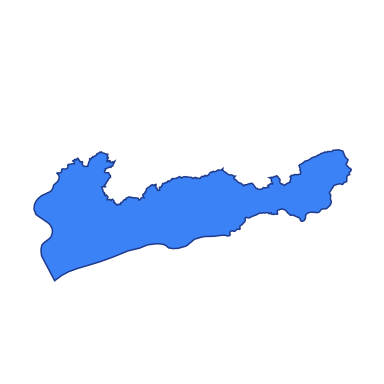 outline of Shannon Lea-7, Clare, Ireland, rotated 348°
{"feature_id": "5873133B70608760855162", "entity_name": "Shannon Lea-7", "entity_type": "district", "adm_level": 2, "iso_a3": "IRL", "parent_name": "Ireland", "parent_adm1": "Clare", "projection": "natural_earth1", "projection_center": [-8.747, 52.732], "detail": "fine", "context": "isolated", "style": "filled", "palette": "blue", "viewbox_px": 384, "rotation_deg": 348, "n_neighbors": 0, "source": "geoboundaries", "source_scale": "gbopen_adm2", "svg_char_len": 6084}
<svg xmlns="http://www.w3.org/2000/svg" viewBox="0 0 384 384"><g transform="rotate(348 192 192)"><path d="M295.9,243.2L297.4,241.4L298.4,238.2L300.4,236.8L303.5,236.4L304.9,236.6L310.4,238.3L312.5,237.9L314.4,236.2L315.7,235.7L319.5,236.2L320.5,236.1L324.1,233.8L325.6,232.1L326.3,230.3L325.9,227.6L327.1,223.7L326.9,223.1L326.3,222.6L326.3,221.2L332.3,215.1L336.6,214.6L338.9,214.9L340.5,215.9L341.1,215.8L342.1,214.7L345.5,213.9L346.5,209.8L347.1,208.5L347.8,208.0L349.8,207.8L349.9,205.4L351.7,204.5L352.4,203.2L352.1,202.3L350.5,200.8L348.6,197.6L348.5,196.8L349.8,195.5L351.2,193.3L351.3,192.6L349.8,190.8L349.0,188.9L348.1,183.4L344.2,181.2L343.6,181.4L341.8,180.8L341.1,181.0L338.9,180.5L338.3,180.6L337.5,181.4L336.2,181.3L333.1,180.6L332.1,181.2L330.4,180.5L328.0,181.2L326.7,181.0L325.1,181.8L322.9,182.1L320.5,183.1L316.9,183.3L312.1,185.2L309.0,185.3L306.0,186.9L303.0,187.8L302.1,188.4L302.7,191.4L302.1,193.0L302.5,194.9L301.9,197.0L298.7,197.0L295.6,196.2L294.8,196.7L292.4,196.4L292.0,197.3L291.2,197.3L291.0,197.6L291.7,199.6L290.2,201.5L290.4,202.6L286.7,203.4L283.8,204.8L282.8,203.5L280.6,202.3L280.0,201.2L279.9,200.6L280.7,198.1L278.4,193.8L277.8,193.8L276.9,194.1L275.7,194.0L273.9,194.5L272.7,194.1L270.7,194.1L271.8,194.8L272.5,195.8L272.1,196.3L271.9,198.0L272.7,200.2L272.4,200.9L270.8,200.2L267.5,201.4L268.0,203.2L264.3,203.2L263.1,202.6L262.5,202.6L261.5,203.5L260.6,203.8L260.2,203.5L258.9,203.5L257.1,203.0L256.3,201.9L255.4,201.8L253.5,197.3L252.2,195.8L248.4,195.9L246.7,196.4L245.4,195.9L243.6,196.7L243.0,195.2L241.5,193.6L239.4,192.3L237.0,188.7L235.8,188.0L235.8,187.1L237.6,185.5L236.3,185.2L234.5,183.6L232.2,183.1L230.4,181.8L229.5,180.3L227.6,178.6L226.8,177.2L226.6,176.5L227.0,175.6L224.9,176.7L224.0,176.6L222.4,175.9L221.4,176.0L220.0,176.8L219.4,176.9L217.8,176.7L217.2,176.2L216.5,176.6L215.7,176.4L215.1,176.9L214.5,176.6L213.0,177.3L211.9,178.7L210.3,179.3L209.5,179.2L209.3,178.9L208.2,178.5L207.9,179.1L207.3,179.0L207.2,179.3L206.6,179.4L205.2,178.7L203.3,179.7L203.2,180.3L202.3,180.4L199.6,179.2L199.1,179.5L198.4,178.4L196.8,178.5L196.5,179.2L195.4,178.6L194.6,177.6L191.1,176.6L189.3,175.7L186.1,175.5L184.5,176.2L184.3,175.5L182.9,174.3L181.1,175.0L179.9,175.1L179.6,175.4L176.1,175.1L175.9,174.8L175.3,175.3L174.8,175.0L174.0,175.9L172.0,177.0L171.3,176.3L171.0,176.5L170.5,176.4L169.6,177.4L169.3,177.1L168.1,177.5L166.8,177.5L165.6,178.0L165.1,177.7L164.1,179.5L163.7,179.6L163.3,180.6L161.2,180.6L160.8,183.4L159.9,183.7L159.1,183.1L158.5,183.0L158.8,182.1L158.3,180.7L157.9,180.6L157.4,179.5L157.5,179.0L158.1,178.5L158.4,177.1L157.1,177.1L156.1,177.7L154.9,176.6L154.4,176.6L153.7,177.2L153.1,177.0L151.4,178.1L148.2,179.3L146.9,182.2L146.0,182.3L145.6,183.6L144.3,183.7L143.3,184.5L143.3,185.9L143.8,187.4L143.3,187.1L142.4,187.1L140.8,187.5L139.0,189.1L138.5,188.9L138.1,187.1L137.3,186.6L133.1,185.3L129.4,183.7L126.2,184.4L126.0,185.8L125.6,185.9L124.6,185.4L123.2,185.9L122.1,187.2L120.0,187.8L119.6,189.2L118.5,189.3L118.3,188.8L117.8,188.6L115.4,189.1L114.8,187.0L113.9,186.5L113.9,186.1L113.4,186.0L113.8,185.2L113.7,184.1L112.6,182.5L110.8,183.4L110.2,182.2L107.5,182.1L107.7,180.8L108.5,179.9L108.8,179.3L107.5,177.1L106.4,177.6L106.0,177.0L105.9,176.5L106.2,176.3L105.8,175.3L106.3,175.1L106.0,174.3L105.4,173.7L105.0,172.9L105.3,171.8L104.7,168.3L105.9,168.2L108.3,169.0L108.6,168.8L107.6,167.4L108.5,166.4L109.5,166.1L110.1,164.8L111.8,163.6L112.9,162.0L115.4,160.5L115.6,159.0L114.9,157.9L114.4,155.8L111.2,155.0L110.7,154.4L110.8,153.1L111.9,152.5L112.2,151.8L111.9,151.4L114.8,150.9L115.9,150.5L117.1,150.9L117.4,150.4L117.9,150.3L118.1,150.6L118.3,150.2L119.9,150.0L120.7,148.3L121.0,147.9L121.4,147.9L122.9,145.8L121.2,146.4L120.6,146.4L120.5,146.0L119.2,146.3L117.8,145.6L118.4,144.7L118.2,144.2L116.9,144.2L115.9,144.6L115.2,144.6L115.3,143.8L116.1,143.6L115.8,143.2L116.4,142.3L116.2,141.9L116.8,141.7L117.2,141.0L116.2,140.1L116.9,139.4L117.1,138.7L116.9,138.5L117.4,137.5L116.5,137.4L114.4,136.0L112.2,135.0L111.5,133.8L110.8,134.3L110.0,133.9L108.3,134.8L108.1,134.7L106.6,135.1L105.9,136.3L103.8,136.7L102.4,137.6L102.0,137.0L100.1,138.5L99.1,138.0L98.7,138.3L98.8,139.6L97.3,141.3L95.3,145.2L92.7,144.8L92.3,144.4L91.4,144.2L90.3,142.4L91.2,140.1L90.7,139.4L88.9,139.4L89.0,138.8L88.2,137.8L88.3,137.4L87.8,136.8L87.7,136.0L87.2,135.2L86.2,135.7L85.4,136.6L84.8,136.5L84.7,135.9L84.3,135.7L83.5,136.3L82.0,136.6L81.9,137.0L82.7,137.7L83.0,138.4L83.1,139.5L82.7,140.0L82.1,140.0L80.6,139.3L78.9,139.7L76.9,139.3L75.9,140.1L76.0,141.7L75.5,142.6L72.8,143.3L70.9,142.6L69.8,142.5L69.3,142.7L68.9,143.6L68.7,145.1L67.6,145.7L66.2,145.9L65.2,145.4L64.2,145.3L63.8,145.6L64.9,147.2L65.2,148.8L65.1,150.1L64.4,151.9L62.6,153.9L58.0,156.6L57.0,158.9L55.2,161.1L54.3,161.7L52.8,162.3L44.1,164.3L40.0,166.5L37.7,168.4L35.5,171.3L34.4,174.0L33.9,176.2L34.1,178.4L34.8,179.2L34.3,180.5L35.2,182.2L45.1,192.6L46.5,194.9L47.5,198.8L47.5,200.5L46.9,202.9L45.0,206.2L44.2,207.0L41.9,208.4L37.0,210.6L34.4,212.4L33.1,214.8L32.1,217.8L31.6,222.9L32.1,225.1L39.2,250.2L47.0,246.6L54.8,244.3L64.0,243.0L87.4,241.1L102.3,239.0L117.0,236.3L128.9,236.0L137.6,234.5L144.7,235.0L148.6,235.7L152.2,236.9L155.3,238.8L157.4,241.7L161.6,243.4L166.8,244.2L174.5,243.7L176.2,243.2L184.6,238.7L192.3,238.1L195.3,238.2L204.3,239.9L212.0,240.5L214.4,240.9L218.2,242.5L219.7,242.4L220.3,242.0L220.6,241.1L220.3,240.1L220.5,239.5L221.4,238.6L222.5,238.3L223.4,238.3L224.3,239.0L225.5,239.3L226.8,238.8L227.8,238.0L229.1,237.7L230.2,238.4L231.1,238.4L231.5,237.4L231.3,236.6L232.1,235.0L234.4,234.3L235.6,233.1L237.1,232.5L238.4,230.4L238.4,228.9L238.8,228.3L239.6,228.1L242.2,229.2L243.4,229.1L245.1,228.5L250.8,227.6L253.7,226.6L254.7,227.1L257.0,227.1L258.5,227.6L262.0,227.9L262.7,229.2L265.6,228.6L265.2,228.9L264.8,230.0L267.3,231.0L267.5,230.6L268.8,230.8L270.2,231.4L271.2,231.3L271.2,228.6L271.7,228.0L272.4,227.6L274.8,227.3L276.9,227.4L279.8,229.3L281.0,231.8L283.4,235.2L286.0,235.6L291.8,239.8L292.1,240.3L292.2,242.4L292.8,243.2L294.0,243.6L295.9,243.2Z" fill="#3b82f6" stroke="#1e3a8a" stroke-width="1.5"/></g></svg>